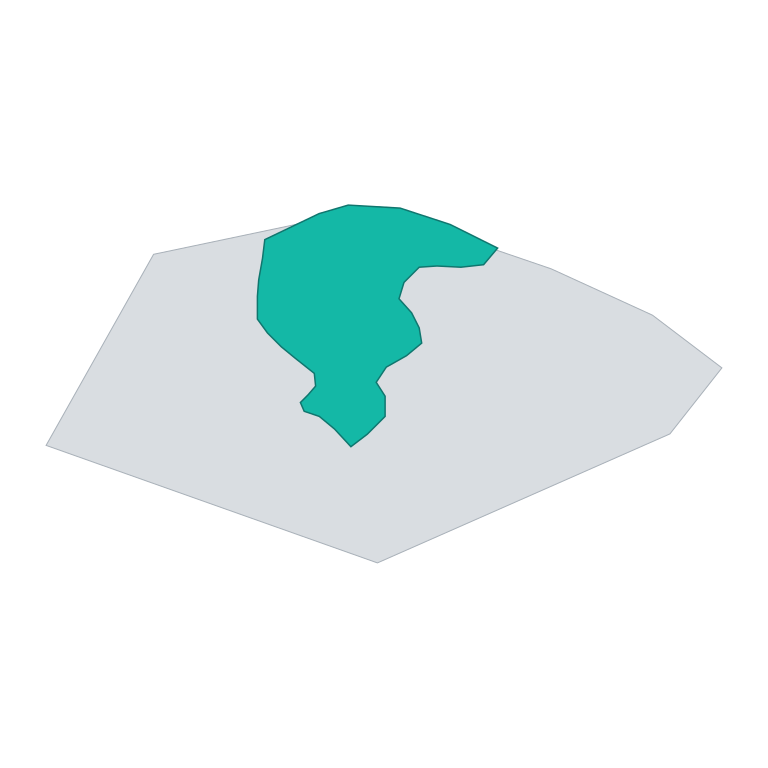 North West highlighted on a map of Singapore
{"feature_id": "SGP-4873", "entity_name": "North West", "entity_type": "state/province", "adm_level": 1, "iso_a3": "SGP", "parent_name": "Singapore", "parent_adm1": "", "projection": "albers", "projection_center": [103.808, 1.387], "detail": "fine", "context": "in_parent", "style": "filled", "palette": "teal", "viewbox_px": 768, "rotation_deg": 0, "n_neighbors": 0, "source": "natural_earth", "source_scale": "10m", "svg_char_len": 745}
<svg xmlns="http://www.w3.org/2000/svg" viewBox="0 0 768 768"><path d="M669.9,433.9L377.4,562.9L46.1,445.4L153.6,254.3L373.6,208.1L551.3,268.9L652.5,315.2L721.9,367.9L669.9,433.9Z" fill="#d9dde1" stroke="#a8b0b8" stroke-width="1"/><path d="M264.8,239.6L319.1,213.6L348.2,205.1L400.1,208.1L450.2,224.5L497.6,248.1L483.6,264.7L460.9,267.2L436.9,266.0L419.2,267.2L404.0,282.4L399.0,298.8L411.6,312.8L419.2,327.9L421.7,343.1L406.5,355.7L386.3,367.1L376.2,382.3L385.1,396.2L385.1,416.4L367.4,434.1L350.9,446.7L334.5,429.0L319.3,416.4L304.2,411.3L300.4,402.5L308.0,394.9L315.6,386.1L314.3,373.4L295.3,358.3L281.4,346.9L267.5,333.0L257.4,319.1L257.4,296.3L258.7,279.9L262.5,258.4L264.8,239.6Z" fill="#14b8a6" stroke="#0f766e" stroke-width="1.5"/></svg>